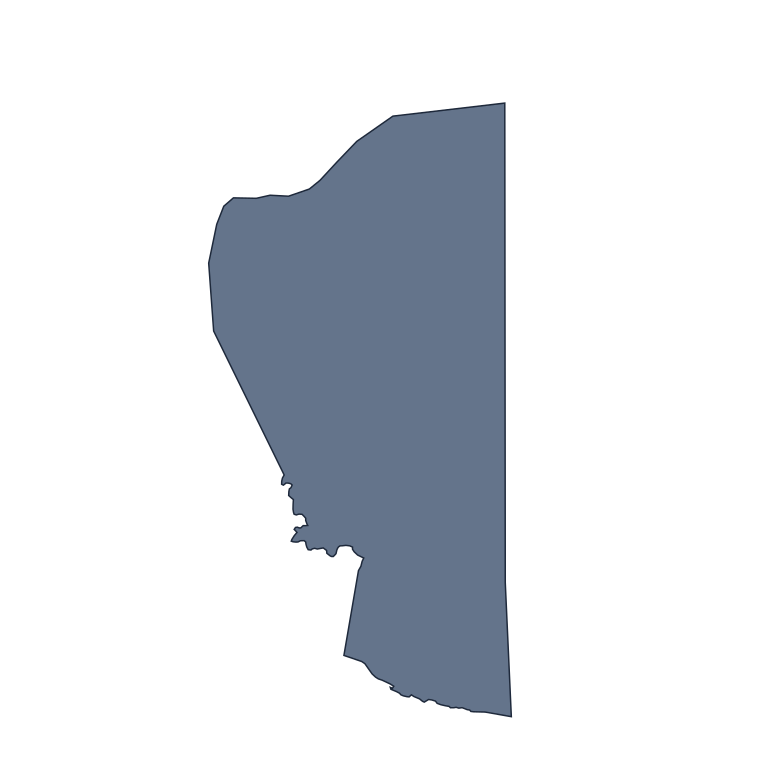 Mukah, Sarawak, Malaysia, rotated 103°
{"feature_id": "92858781B93541557808123", "entity_name": "Mukah", "entity_type": "district", "adm_level": 2, "iso_a3": "MYS", "parent_name": "Malaysia", "parent_adm1": "Sarawak", "projection": "mercator", "projection_center": [112.554, 2.823], "detail": "fine", "context": "isolated", "style": "filled", "palette": "slate", "viewbox_px": 768, "rotation_deg": 103, "n_neighbors": 0, "source": "geoboundaries", "source_scale": "gbopen_adm2", "svg_char_len": 1838}
<svg xmlns="http://www.w3.org/2000/svg" viewBox="0 0 768 768"><g transform="rotate(103 384 384)"><path d="M657.5,362.0L659.4,343.3L660.8,339.7L665.3,334.7L669.2,330.3L671.5,326.3L672.6,323.2L673.0,319.2L674.9,310.4L676.3,306.5L678.6,307.3L678.2,309.6L679.9,308.6L680.9,302.7L681.8,299.3L683.0,297.7L683.5,295.0L683.5,292.9L683.5,291.2L683.2,289.1L680.7,287.4L681.8,284.5L682.8,278.6L684.5,275.1L684.9,273.2L681.4,269.6L681.1,266.5L681.4,262.5L683.2,260.4L683.7,256.5L683.7,252.1L683.5,248.1L684.5,246.4L683.7,243.1L682.8,241.0L683.0,238.2L681.8,235.1L682.2,232.2L682.6,229.7L682.4,227.2L683.5,225.7L683.2,223.0L680.9,211.7L679.5,185.1L550.1,221.2L83.1,329.5L121.0,435.6L153.7,465.1L178.0,479.6L200.0,492.2L210.8,500.6L222.5,519.3L225.7,537.5L231.8,550.2L236.5,572.6L246.8,580.1L266.0,582.9L305.7,582.0L370.7,561.9L495.1,460.8L498.5,461.8L501.7,461.8L504.7,461.2L505.2,459.3L503.9,458.2L502.6,457.3L502.1,455.1L502.1,452.5L503.1,450.8L505.9,451.3L507.5,452.6L510.2,452.5L514.1,451.8L515.6,449.1L517.0,446.3L521.6,445.5L526.5,444.5L529.4,443.3L531.1,442.3L531.3,440.0L529.9,437.6L529.4,434.5L531.0,432.0L532.4,430.1L534.6,429.6L537.8,427.5L539.0,426.5L539.7,428.7L540.2,430.9L542.9,432.7L543.3,434.2L543.0,436.3L543.7,438.0L545.9,438.8L547.5,436.3L548.2,435.4L551.9,437.3L556.2,438.8L558.0,439.0L558.2,437.1L557.9,434.6L557.3,432.3L555.5,430.1L554.6,426.6L555.5,424.8L557.8,423.9L560.2,422.6L562.5,420.6L562.2,417.8L560.8,416.8L559.7,414.6L559.8,411.9L558.5,408.9L557.4,406.3L559.1,402.5L561.8,401.6L563.5,398.0L563.9,396.5L563.5,394.6L561.4,393.3L560.1,392.6L558.7,392.6L556.2,392.6L554.3,392.2L553.0,391.7L551.6,390.4L551.0,388.2L549.8,384.8L549.4,381.0L550.0,378.0L552.1,377.5L554.2,375.3L556.6,371.2L557.6,366.8L558.1,364.6L561.7,365.4L566.8,365.5L571.5,366.9L657.5,362.0Z" fill="#64748b" stroke="#1e293b" stroke-width="1.5"/></g></svg>